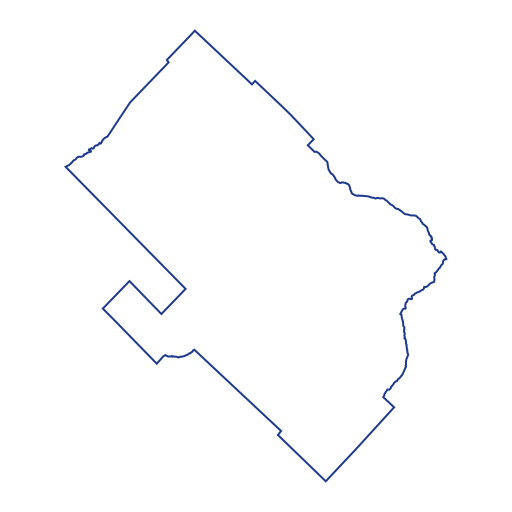 Rojas, Buenos Aires, Argentina
{"feature_id": "61730980B83932941288797", "entity_name": "Rojas", "entity_type": "district", "adm_level": 2, "iso_a3": "ARG", "parent_name": "Argentina", "parent_adm1": "Buenos Aires", "projection": "natural_earth1", "projection_center": [-60.686, -34.196], "detail": "fine", "context": "isolated", "style": "outline", "palette": "blue", "viewbox_px": 512, "rotation_deg": 0, "n_neighbors": 0, "source": "geoboundaries", "source_scale": "gbopen_adm2", "svg_char_len": 6058}
<svg xmlns="http://www.w3.org/2000/svg" viewBox="0 0 512 512"><path d="M191.4,34.4L166.9,59.9L168.6,62.4L130.1,102.4L107.4,136.7L105.8,137.3L105.3,137.7L105.0,137.8L104.1,138.4L102.6,140.2L102.4,140.7L102.0,141.0L101.8,141.4L101.7,141.8L101.7,142.4L101.3,142.7L101.0,143.3L100.6,143.6L99.5,143.0L99.0,143.7L98.7,144.2L98.3,144.7L97.7,144.9L97.4,145.3L96.8,145.3L95.5,145.6L94.7,146.2L94.2,146.8L94.0,147.8L93.6,148.3L92.9,148.3L92.5,148.5L92.0,148.5L91.4,148.2L90.5,148.9L90.2,149.3L89.5,149.4L89.0,149.5L89.0,150.1L89.6,150.6L90.8,150.9L90.9,151.5L90.4,152.0L89.7,151.8L89.2,152.0L88.9,152.3L88.1,152.4L87.7,152.7L86.9,152.9L86.7,153.4L85.9,153.9L85.5,154.1L84.2,154.2L83.9,154.9L83.9,155.4L83.4,155.9L82.0,156.6L80.3,156.9L79.7,156.8L79.0,156.7L77.8,157.0L77.3,157.4L76.7,157.9L75.7,159.3L75.2,159.7L73.9,160.2L73.3,160.7L72.9,161.1L72.5,161.7L72.1,162.1L71.5,163.0L70.8,163.4L70.6,163.7L70.1,164.1L69.2,165.0L68.5,165.4L67.8,165.6L67.5,165.9L66.3,166.4L65.6,166.8L185.6,288.9L161.4,314.0L129.5,281.1L102.8,308.6L113.1,318.9L156.8,363.7L163.2,356.4L163.9,356.0L165.2,355.1L165.6,355.1L166.2,355.7L166.9,355.9L167.8,356.4L168.9,356.6L169.3,356.4L169.8,356.4L170.9,356.6L171.8,356.1L172.1,356.1L172.3,356.4L172.7,356.7L173.1,356.5L173.5,356.4L174.7,356.6L175.2,356.7L175.7,356.7L176.2,356.7L176.7,356.8L178.5,357.5L178.8,357.4L179.4,356.9L179.9,356.7L180.3,356.8L181.1,356.8L182.3,356.5L183.9,356.3L184.9,355.8L185.7,355.3L186.0,355.3L187.3,354.9L188.1,354.3L188.3,354.0L188.6,353.8L189.3,353.5L189.9,353.4L190.0,353.1L190.3,353.0L190.5,353.1L190.8,352.7L191.0,352.6L191.1,352.4L192.4,351.7L192.7,351.3L192.9,350.8L192.9,350.5L193.0,350.4L193.3,350.3L193.6,350.1L194.1,350.1L194.4,349.8L281.1,431.0L277.9,435.0L325.8,481.3L332.1,474.5L355.9,449.2L394.1,407.3L383.3,397.2L383.5,396.5L384.1,395.8L384.4,395.1L384.4,394.6L384.5,393.9L385.2,393.1L385.7,392.0L386.4,391.2L387.4,389.6L387.9,389.4L388.4,389.6L389.2,389.7L389.9,389.2L390.4,388.6L390.8,387.9L391.0,387.0L391.5,386.4L392.4,385.5L393.2,384.4L393.8,383.6L394.1,382.9L395.7,381.5L397.2,380.8L397.6,379.8L398.0,379.2L398.7,378.8L400.4,377.2L400.9,376.4L401.2,375.9L401.9,375.4L402.8,373.8L403.7,371.7L404.1,371.0L404.4,370.3L404.9,368.9L405.6,367.3L406.1,366.5L406.0,366.1L405.6,365.6L406.0,364.4L405.9,362.9L406.0,362.1L406.3,359.5L407.0,357.7L408.2,354.7L408.1,354.3L407.9,353.8L407.5,353.2L407.5,352.1L407.3,351.7L407.2,351.0L407.3,350.2L407.2,349.5L406.8,348.9L406.9,348.0L406.5,346.3L406.7,345.4L406.5,344.7L405.9,343.6L406.1,343.0L406.0,341.6L405.8,340.9L405.6,339.7L405.4,338.8L404.5,338.4L404.5,337.9L404.7,337.6L404.8,336.9L404.8,336.7L404.5,336.1L404.3,335.3L404.7,334.5L404.8,333.7L404.5,332.8L404.2,332.3L404.0,331.8L404.2,330.9L404.2,330.3L404.0,329.5L404.4,328.4L404.4,327.8L404.3,327.2L403.6,326.4L403.3,325.8L403.2,324.9L403.2,324.3L403.1,323.9L403.1,322.2L402.9,321.4L402.5,320.3L402.4,319.5L402.2,318.9L401.8,317.9L401.7,316.6L401.4,315.2L401.4,314.7L400.3,314.1L400.4,313.6L401.0,312.9L401.4,312.2L401.4,311.7L402.0,310.9L402.6,309.7L403.3,308.9L404.0,308.7L405.3,308.7L405.7,308.1L405.6,307.4L405.3,306.6L405.3,305.8L405.4,304.5L405.8,302.7L407.2,301.5L407.6,299.7L408.1,299.1L408.6,298.8L409.7,298.8L410.3,299.0L411.3,299.2L412.0,298.6L411.9,297.9L411.6,296.8L411.7,296.2L412.3,295.6L413.8,295.0L414.2,294.4L414.5,294.0L417.2,292.4L419.4,291.7L421.2,290.4L422.8,289.8L424.0,288.3L424.1,287.1L424.2,286.9L425.4,286.9L425.9,287.0L427.3,286.3L427.9,285.9L429.1,284.5L429.7,283.9L431.5,282.8L432.0,282.7L432.8,282.3L433.6,282.1L434.1,281.8L434.3,281.2L434.4,279.6L434.4,278.6L434.2,277.2L434.3,276.5L434.7,275.8L434.9,275.0L434.8,274.0L434.6,273.6L434.7,273.1L435.6,272.6L435.9,272.5L436.2,272.2L436.5,271.6L436.9,271.2L437.3,270.8L438.8,268.7L439.4,268.1L439.8,267.7L440.2,267.3L440.6,266.2L440.9,265.7L441.6,264.9L442.2,264.4L442.6,263.9L442.9,263.3L443.0,262.7L443.1,261.4L443.3,260.9L443.5,260.4L444.3,259.6L444.8,259.4L445.2,259.3L446.0,259.4L446.4,259.1L446.3,258.7L445.9,258.1L445.7,257.0L445.3,256.2L444.6,255.3L444.0,254.7L443.8,254.2L443.3,253.6L442.7,253.3L442.0,252.4L441.3,251.7L440.8,251.5L440.4,251.9L440.3,252.3L439.9,252.5L439.2,252.5L438.5,252.0L438.0,251.3L437.8,251.0L437.4,250.1L436.9,249.9L435.7,249.8L435.2,249.2L434.8,247.6L434.8,247.0L434.5,246.2L434.1,245.9L434.1,245.4L434.0,245.0L432.9,244.5L432.5,244.4L432.0,243.9L431.5,242.8L431.3,242.6L430.8,242.3L430.7,241.9L430.4,241.5L430.4,241.0L430.5,240.6L431.7,240.4L432.0,240.0L431.9,239.4L432.1,238.3L431.3,237.7L431.4,236.8L431.3,236.3L430.6,236.1L430.3,235.7L430.1,235.3L429.3,234.7L429.0,234.0L429.0,233.1L428.6,232.3L427.7,230.5L427.6,229.5L427.2,227.7L426.6,226.8L425.1,225.6L424.2,224.8L422.7,223.8L422.2,222.6L420.8,221.1L420.6,220.1L420.1,219.2L418.2,217.9L417.4,217.0L416.3,216.0L415.5,215.7L414.5,215.5L413.2,215.4L412.1,215.5L411.1,215.4L409.6,215.1L408.6,214.7L406.9,214.4L405.8,214.3L404.9,214.0L403.7,213.2L402.6,212.2L401.8,211.5L400.9,211.0L400.3,210.3L399.7,210.2L398.0,208.9L396.8,208.9L395.5,208.3L394.7,207.5L394.3,207.2L393.4,206.0L392.5,205.4L390.2,204.2L386.6,200.6L385.7,200.2L384.5,199.1L383.6,198.5L382.0,198.2L381.1,198.4L380.3,198.3L379.3,198.3L378.2,197.9L376.8,198.1L375.2,198.5L373.6,197.7L372.3,197.7L369.6,196.9L368.3,196.4L366.7,196.2L365.2,196.1L362.5,195.8L361.1,195.7L360.4,195.9L358.6,195.4L358.1,195.8L357.6,195.8L357.1,195.6L356.4,195.7L354.5,195.0L353.3,194.2L352.4,193.9L351.7,193.1L351.5,192.1L351.1,191.5L350.9,190.9L350.2,189.2L350.1,188.1L349.7,186.7L349.0,185.0L347.9,184.0L346.7,183.6L345.8,183.1L345.0,182.8L343.9,182.7L343.1,182.4L341.7,182.5L340.8,182.9L340.0,183.1L339.2,182.5L338.1,182.1L337.4,181.5L336.1,180.0L335.7,179.6L335.3,179.1L335.3,178.4L334.9,177.6L333.1,175.0L332.5,174.3L331.3,173.5L330.9,173.4L329.0,170.3L328.6,169.3L328.2,167.7L328.0,166.2L327.7,165.0L327.6,163.4L327.3,162.1L326.6,161.2L324.0,158.9L322.6,157.4L321.2,156.0L318.8,153.2L317.7,152.4L316.9,152.0L316.0,151.7L315.2,151.8L314.6,151.9L307.8,145.3L313.7,139.2L290.8,114.9L282.6,106.9L255.1,80.9L252.0,84.4L194.8,30.7L191.4,34.4Z" fill="none" stroke="#1e3a8a" stroke-width="2"/></svg>